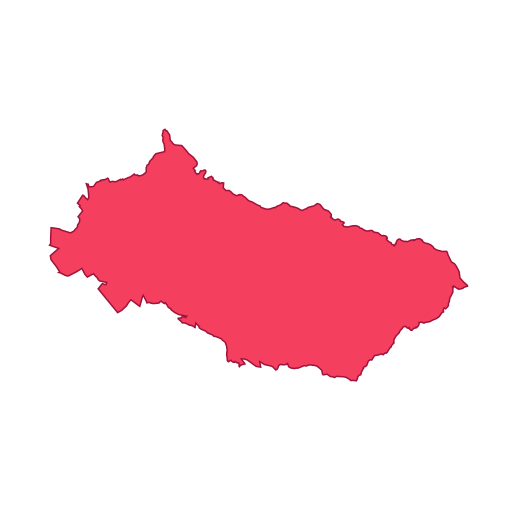 Ighiu, Alba, Romania, rotated 169°
{"feature_id": "2599482B12358370683897", "entity_name": "Ighiu", "entity_type": "district", "adm_level": 2, "iso_a3": "ROU", "parent_name": "Romania", "parent_adm1": "Alba", "projection": "orthographic", "projection_center": [23.47, 46.158], "detail": "fine", "context": "isolated", "style": "filled", "palette": "rose", "viewbox_px": 512, "rotation_deg": 169, "n_neighbors": 0, "source": "geoboundaries", "source_scale": "gbopen_adm2", "svg_char_len": 6100}
<svg xmlns="http://www.w3.org/2000/svg" viewBox="0 0 512 512"><g transform="rotate(169 256 256)"><path d="M321.1,397.7L323.2,397.0L323.3,396.0L325.1,392.2L324.5,389.6L325.2,388.4L325.5,386.0L324.8,383.6L325.2,378.4L325.8,375.9L334.8,375.5L337.7,373.2L338.3,372.0L342.3,369.2L343.8,366.6L345.5,366.0L347.0,363.5L347.6,359.7L348.7,358.8L351.7,357.2L354.3,356.8L356.6,357.4L356.8,358.2L358.1,358.2L359.5,358.8L359.9,359.7L364.5,357.5L366.4,357.4L371.7,356.0L372.1,357.0L374.1,356.5L374.4,357.1L379.5,355.6L382.9,356.7L385.1,356.4L385.5,356.7L386.3,360.2L386.7,360.7L389.7,359.8L392.5,360.1L394.0,359.5L394.2,359.9L395.1,359.2L398.6,358.7L401.9,355.5L403.2,355.2L406.8,355.8L407.0,358.5L408.8,359.3L408.1,353.8L408.9,345.4L410.5,343.4L412.0,345.2L413.7,348.3L414.5,348.8L421.2,341.9L419.0,339.0L420.0,338.2L418.4,335.6L417.6,333.3L423.2,328.5L421.9,326.1L422.8,323.0L425.3,320.4L425.5,318.9L427.5,317.1L428.3,316.8L430.0,315.2L433.7,314.1L441.8,318.4L443.9,320.2L451.7,322.9L454.5,311.2L455.0,308.0L455.6,306.9L456.6,306.0L448.2,301.1L457.8,295.6L457.9,293.0L457.9,291.5L453.9,283.5L451.7,277.8L452.7,277.4L451.6,277.0L446.4,273.0L444.0,272.2L435.1,274.8L429.3,277.0L427.4,270.6L425.6,267.5L418.8,269.6L417.8,267.5L416.0,264.9L415.2,262.6L414.3,261.4L407.6,258.5L408.9,256.4L412.1,258.2L417.2,253.9L402.6,226.8L398.4,228.2L392.6,231.8L390.0,234.7L387.1,236.9L379.7,228.7L375.6,237.0L374.2,238.9L372.3,232.6L372.1,230.8L369.4,230.8L368.7,230.0L366.0,228.9L361.7,228.4L359.8,228.5L359.4,229.1L357.8,229.8L356.5,228.1L354.9,226.8L354.2,227.6L353.3,226.5L353.2,225.6L352.7,225.0L352.1,222.8L351.0,221.4L349.7,220.6L349.7,219.5L346.4,215.9L342.9,213.2L335.6,210.2L336.4,209.7L336.7,209.0L339.0,210.5L340.9,210.2L340.9,209.4L344.3,209.8L344.4,209.4L344.1,208.7L341.6,205.6L341.2,204.4L338.8,203.9L336.6,202.5L334.4,200.7L333.2,200.4L330.8,198.9L329.9,197.6L329.4,197.4L329.1,198.9L327.8,201.7L326.6,199.4L325.7,198.6L325.3,196.2L323.9,194.7L319.6,191.8L318.1,189.6L314.1,187.1L312.7,185.2L310.7,184.6L305.6,181.2L305.3,180.2L302.7,177.2L302.1,173.3L302.3,168.8L303.0,167.3L303.7,164.3L303.7,161.7L304.1,159.2L303.9,158.4L303.3,157.5L300.5,158.5L300.2,157.7L298.4,155.9L297.4,155.8L296.8,156.5L294.9,154.6L293.3,154.4L293.1,153.7L293.7,151.2L293.4,150.5L291.8,151.8L287.4,152.2L290.1,157.8L288.4,157.6L284.6,155.8L276.9,147.6L272.6,146.0L272.5,151.6L268.3,147.8L261.9,145.0L260.7,144.0L258.3,140.3L256.6,141.0L254.3,144.4L253.0,144.9L250.0,144.0L247.3,143.7L245.6,144.5L245.1,141.2L244.1,140.1L241.7,138.7L241.0,138.8L239.8,138.1L238.3,138.3L236.0,137.9L229.8,139.2L227.5,138.4L225.3,138.9L222.5,138.6L221.3,137.8L220.3,137.8L217.0,136.2L216.0,134.8L215.2,134.1L213.2,131.2L213.3,127.9L213.0,126.8L212.6,126.5L208.8,126.4L206.0,123.5L203.5,122.7L202.1,121.7L199.9,122.5L192.7,120.6L190.9,119.8L188.4,117.8L186.6,115.6L184.5,115.4L181.3,114.3L180.2,115.7L179.3,117.7L177.6,119.3L175.8,119.4L174.5,122.2L171.7,125.5L171.8,126.0L170.8,126.7L169.6,126.6L169.5,127.0L168.3,127.3L165.7,131.5L163.8,132.3L162.2,131.8L158.7,135.6L154.3,135.5L152.1,136.1L150.0,134.8L148.0,136.1L146.6,135.8L145.7,136.3L143.0,139.3L141.4,140.7L140.8,140.8L140.1,142.2L137.1,144.4L137.4,145.3L136.7,146.3L136.8,147.2L134.0,150.6L130.0,153.4L128.9,155.1L126.9,156.5L125.0,158.3L122.7,158.4L121.4,156.6L120.1,155.9L119.4,156.4L119.2,155.1L118.0,153.4L116.9,153.4L115.0,154.9L113.0,154.9L112.6,155.5L112.2,155.0L111.8,155.1L111.5,155.5L110.6,155.8L109.2,157.5L108.6,158.9L108.7,159.5L108.3,159.6L106.5,159.6L105.4,159.2L105.4,158.8L104.4,158.3L103.3,158.1L102.6,158.5L97.7,158.4L95.6,159.2L90.7,160.2L87.8,161.5L84.0,165.1L82.6,165.3L82.4,167.7L81.5,168.6L81.4,169.0L80.9,169.0L80.0,168.0L77.5,169.6L76.5,170.8L76.2,172.6L74.9,174.5L73.6,178.3L73.0,178.6L69.8,182.7L68.6,187.7L68.7,188.0L68.2,187.7L67.6,188.0L67.5,188.5L63.6,184.8L60.7,184.6L58.7,185.0L57.9,185.6L54.1,186.0L54.1,186.8L57.3,191.0L60.0,195.5L59.6,201.5L60.1,203.7L61.4,207.9L62.7,210.6L65.3,212.9L67.2,219.9L67.5,221.6L67.4,222.7L68.0,224.2L72.5,225.0L77.7,227.6L79.8,229.6L80.6,231.5L82.4,233.6L84.8,235.3L87.9,236.6L89.7,238.4L89.5,238.6L89.9,240.0L90.6,240.1L90.6,240.5L91.8,241.7L94.5,242.1L96.8,241.5L97.7,241.7L97.6,241.2L98.3,241.1L99.3,241.9L100.8,242.1L101.7,241.7L105.0,241.2L106.1,241.9L107.2,241.8L109.5,243.0L110.5,243.8L111.5,245.2L112.9,245.3L114.3,244.6L115.6,243.0L116.4,241.2L117.0,241.3L117.4,240.4L118.4,239.6L119.1,240.8L120.5,241.5L120.9,243.2L123.2,244.9L123.8,246.3L124.8,247.2L124.5,248.4L124.1,248.2L123.7,248.5L124.0,250.0L124.6,250.7L126.8,251.8L127.6,251.6L129.4,252.5L131.5,255.2L134.0,256.4L134.9,256.4L137.2,258.8L138.2,259.2L141.5,259.2L143.1,259.7L145.3,261.1L146.7,262.8L148.5,263.5L149.0,264.6L150.3,265.7L152.1,266.7L156.1,267.2L160.3,266.9L164.2,268.3L165.1,270.4L163.2,271.6L163.2,272.2L164.8,273.4L166.5,273.9L166.7,275.2L168.4,276.7L171.7,276.2L173.7,277.8L174.1,278.4L174.2,279.0L175.0,279.3L175.4,280.1L174.6,280.5L174.2,282.5L176.3,286.4L179.2,288.2L179.9,288.3L181.3,290.4L183.1,294.0L184.3,295.0L185.8,295.8L190.0,293.9L191.4,294.1L195.7,293.7L197.6,292.8L199.8,292.5L201.8,291.8L204.3,293.3L205.0,294.3L208.0,296.2L213.1,298.5L213.7,299.8L215.6,302.0L218.1,302.6L219.1,303.2L222.2,301.5L226.5,300.7L227.6,299.7L228.7,300.2L233.4,299.5L236.7,299.9L241.4,302.5L242.0,303.1L242.4,304.3L244.9,305.8L249.2,309.6L252.7,311.7L255.7,316.0L256.7,316.8L258.2,318.7L259.4,319.2L260.4,319.0L260.7,319.5L263.2,318.9L264.4,319.4L266.9,321.5L268.2,323.6L269.9,325.5L273.1,326.0L275.1,329.2L273.8,333.9L275.8,334.5L277.8,333.9L278.3,334.3L278.4,335.6L279.5,335.4L280.1,336.4L281.5,337.3L282.6,338.5L283.3,338.6L283.5,340.1L283.2,340.7L284.6,342.7L288.2,341.9L288.1,340.9L289.2,340.7L290.8,341.4L292.1,341.5L292.3,342.4L292.3,344.4L289.5,347.5L289.0,348.8L289.3,349.8L290.2,350.3L292.5,349.7L294.2,350.1L296.0,347.9L296.8,347.5L297.5,347.9L298.7,347.0L298.5,347.4L300.1,350.9L299.4,351.3L300.8,354.1L297.0,356.1L296.1,357.8L296.1,359.8L298.7,364.8L302.7,369.5L304.1,372.4L307.8,378.6L314.4,380.5L316.5,382.6L316.5,383.4L318.1,386.0L317.7,391.3L319.6,395.9L320.5,396.2L321.1,397.7Z" fill="#f43f5e" stroke="#9f1239" stroke-width="1.5"/></g></svg>